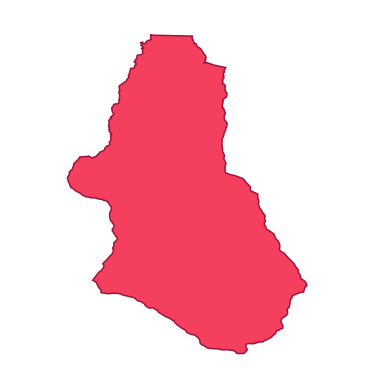 outline of Ginebra, Valle del Cauca, Colombia, rotated 97°
{"feature_id": "7082276B86237155674580", "entity_name": "Ginebra", "entity_type": "district", "adm_level": 2, "iso_a3": "COL", "parent_name": "Colombia", "parent_adm1": "Valle del Cauca", "projection": "natural_earth1", "projection_center": [-76.22, 3.747], "detail": "fine", "context": "isolated", "style": "filled", "palette": "rose", "viewbox_px": 384, "rotation_deg": 97, "n_neighbors": 0, "source": "geoboundaries", "source_scale": "gbopen_adm2", "svg_char_len": 5978}
<svg xmlns="http://www.w3.org/2000/svg" viewBox="0 0 384 384"><g transform="rotate(97 192 192)"><path d="M223.7,105.6L220.8,111.0L220.1,113.2L216.2,115.4L214.9,116.4L213.6,116.5L212.2,115.5L209.0,116.9L207.9,116.4L207.0,116.5L206.0,117.0L204.7,118.6L201.9,120.7L200.2,122.4L198.9,123.2L195.8,124.6L193.8,124.5L192.0,124.9L189.9,126.0L186.1,126.4L184.8,130.1L183.9,133.6L182.7,134.2L180.6,134.5L179.3,135.2L176.4,138.9L173.8,141.4L172.5,143.0L170.4,151.8L170.3,155.3L169.1,159.7L169.1,160.8L167.8,161.5L166.8,161.9L164.8,161.9L161.9,162.5L160.1,161.8L159.3,161.8L154.8,164.6L152.2,164.2L149.7,165.3L148.8,166.3L139.8,168.3L138.4,168.1L136.9,168.6L135.3,168.5L133.2,167.6L129.4,167.2L127.6,166.5L125.4,166.1L124.1,166.3L123.8,165.6L123.1,165.4L121.2,165.6L120.1,165.4L118.5,166.1L116.9,168.2L114.8,169.1L112.2,169.3L111.5,168.7L110.5,168.7L109.8,169.0L109.1,168.5L107.7,170.0L107.0,169.7L106.5,169.8L106.0,170.6L104.7,171.3L104.2,172.4L100.9,172.5L99.2,172.1L98.6,172.6L98.1,172.3L97.6,172.6L96.7,172.2L96.2,172.4L95.5,171.4L94.1,170.5L94.0,169.8L93.8,169.6L90.6,169.1L89.6,169.4L89.0,170.2L88.1,170.6L87.6,171.3L87.1,171.2L86.9,171.5L86.2,171.3L85.7,171.9L84.5,172.2L83.8,172.1L83.5,171.6L82.6,171.8L81.2,173.0L81.0,173.5L81.3,174.2L80.5,174.7L80.2,175.1L79.8,174.8L79.2,175.0L78.2,174.7L77.5,175.4L76.9,175.5L75.7,174.7L75.0,174.7L74.7,174.2L73.4,175.1L72.7,174.5L71.8,175.2L70.5,175.4L69.0,174.4L68.7,174.8L68.2,174.7L67.4,175.0L66.5,174.5L65.4,174.2L65.0,174.3L64.4,173.8L63.3,186.1L61.8,192.5L62.3,195.6L61.4,195.0L60.6,194.7L59.7,194.6L59.3,195.2L59.0,195.2L57.8,194.3L55.5,194.9L52.9,197.4L48.7,200.9L47.0,204.5L44.4,206.0L44.1,208.1L43.3,208.1L42.0,209.1L40.9,209.5L40.4,210.0L38.4,210.8L37.2,210.6L41.1,249.4L41.0,252.1L41.9,252.2L41.9,251.5L44.8,251.7L45.5,251.2L46.0,251.5L47.2,254.6L48.1,255.2L48.4,255.9L49.6,255.8L50.3,256.5L50.5,259.3L49.5,259.2L49.3,259.4L50.1,261.2L50.4,261.2L51.0,259.9L51.3,259.6L52.7,260.4L52.8,259.5L53.3,259.2L53.6,258.4L54.5,258.3L55.0,257.5L55.3,257.9L55.0,259.1L55.7,259.6L56.4,258.5L56.9,258.4L57.4,258.1L58.3,258.4L59.3,257.8L60.3,257.8L61.5,258.6L62.6,261.0L62.6,262.5L63.3,263.1L65.8,263.1L67.0,263.7L67.6,264.4L68.8,264.4L69.7,265.3L70.0,265.2L69.8,264.0L70.1,263.5L71.5,263.7L72.3,262.9L73.4,264.3L75.3,264.4L76.4,265.2L76.7,266.2L76.4,267.4L77.5,268.2L78.5,268.0L80.3,268.5L82.0,268.6L84.4,269.4L86.1,268.5L88.1,270.4L89.3,270.5L90.0,270.9L91.9,273.2L92.8,273.9L94.9,276.6L95.9,277.2L98.4,276.8L99.5,275.9L99.9,276.0L100.6,276.7L101.0,276.7L103.6,276.2L105.1,275.5L106.8,275.6L108.5,275.3L109.3,275.9L110.2,275.5L112.4,275.4L113.5,276.5L113.9,278.6L114.6,280.2L115.2,280.6L116.7,280.7L117.7,281.8L118.9,281.8L121.3,281.2L122.8,280.3L123.8,279.2L124.2,279.0L125.5,280.2L126.4,280.5L127.4,281.9L127.8,281.8L128.0,281.0L128.4,281.0L129.4,282.3L131.2,283.2L132.9,282.9L133.9,282.4L134.9,282.8L137.6,282.7L137.7,281.6L139.8,282.1L140.1,282.0L140.1,281.3L141.5,281.7L142.1,281.5L142.4,280.6L143.2,280.1L143.6,279.4L143.9,279.3L144.6,280.0L145.0,280.0L145.4,278.8L146.8,279.4L150.6,278.8L152.8,280.3L154.5,279.4L155.2,279.5L156.2,280.6L156.4,281.9L157.4,282.2L158.5,283.6L160.9,284.1L161.3,284.5L162.7,286.3L163.4,288.1L164.9,288.9L166.2,290.1L168.2,291.3L169.4,293.8L170.5,295.3L170.5,296.1L169.3,297.5L168.9,299.4L169.7,300.5L169.9,303.1L170.8,306.2L170.6,307.4L172.0,308.0L172.8,308.8L173.9,308.9L174.6,309.9L175.3,310.1L176.0,310.9L176.7,311.2L177.4,312.2L178.1,312.6L179.1,312.9L180.3,312.6L182.5,313.5L183.9,313.5L184.6,314.0L185.3,315.1L186.5,315.4L187.1,316.3L188.5,315.8L190.6,316.4L192.6,317.3L193.7,317.3L194.2,316.8L195.0,316.7L195.7,316.1L197.1,316.0L198.3,314.7L200.3,314.1L202.3,312.7L202.6,312.3L202.7,311.0L204.1,309.1L204.3,308.5L205.1,307.8L205.0,306.3L206.0,305.3L206.7,302.9L208.3,300.7L209.7,296.3L209.6,293.4L210.2,291.5L209.6,288.4L210.1,284.8L210.0,284.1L210.4,283.4L210.5,282.4L210.0,280.3L210.8,279.7L211.0,277.4L211.7,275.0L216.4,270.7L217.2,270.3L218.3,270.0L220.0,270.2L223.0,271.1L227.0,270.7L228.3,270.0L229.8,269.7L233.5,266.1L235.1,265.2L236.0,265.1L238.2,266.3L239.4,266.5L240.6,266.2L241.6,265.0L242.7,264.6L243.4,263.6L245.5,262.1L246.3,260.9L247.2,260.5L248.3,260.6L249.8,261.5L250.6,262.5L251.8,263.3L252.8,263.4L254.4,262.8L257.3,263.9L259.2,263.0L260.4,262.9L264.1,264.1L265.5,265.7L267.6,266.9L273.9,271.7L274.2,271.7L276.0,270.3L277.5,270.5L281.2,272.6L282.9,274.7L291.8,279.9L292.8,277.1L294.0,275.6L297.6,273.5L300.3,270.5L300.8,270.2L302.3,270.2L303.2,269.7L303.0,267.8L303.2,262.9L302.1,257.7L301.7,252.6L302.0,250.0L302.7,248.2L303.8,237.8L304.4,235.5L305.5,234.3L306.7,232.2L307.0,229.6L308.3,226.4L308.6,225.9L310.5,224.3L312.2,221.4L312.3,219.0L311.6,216.7L312.7,214.8L313.7,212.2L315.2,210.8L316.2,209.0L316.9,207.2L318.9,203.0L320.2,198.5L321.4,196.4L322.0,194.5L324.0,192.6L325.9,190.1L328.7,185.0L329.5,182.3L331.7,180.2L332.6,178.8L333.2,176.1L333.7,171.5L334.7,170.2L336.1,167.8L337.1,166.8L339.1,165.9L340.9,165.6L341.9,164.5L342.7,163.2L343.0,161.3L344.9,158.0L345.0,153.1L344.5,147.1L344.9,145.3L344.9,141.3L344.1,137.5L344.4,135.8L344.1,132.5L345.0,129.6L346.4,128.5L346.8,127.5L346.8,126.4L346.3,123.9L346.2,121.4L345.9,120.9L344.4,119.6L343.0,118.5L341.7,117.9L338.5,119.8L337.8,119.9L337.1,119.8L336.0,118.9L335.6,117.7L335.1,112.2L332.8,107.5L332.1,103.3L330.7,102.0L329.4,99.5L328.5,98.6L327.8,97.3L325.8,94.9L324.2,93.9L322.6,92.0L321.6,91.6L319.4,91.3L318.6,88.8L317.4,87.9L316.4,85.5L315.4,85.3L313.5,85.5L311.0,87.2L309.7,87.9L308.7,87.8L306.0,87.2L304.3,84.4L302.3,82.8L301.2,82.3L299.6,82.5L297.5,83.2L296.4,83.0L294.4,81.5L291.1,81.2L287.0,81.3L284.9,80.0L282.4,79.3L278.6,72.4L277.7,69.1L272.8,68.3L271.8,67.2L270.9,66.7L269.7,66.9L269.4,67.4L268.1,67.9L266.8,69.2L265.7,71.2L264.9,73.2L264.6,73.5L263.1,73.7L260.9,74.7L259.4,76.3L256.3,77.2L253.2,80.1L250.7,81.9L245.3,88.8L242.1,92.4L240.8,94.5L240.3,96.2L238.7,98.3L235.3,98.2L233.6,98.6L231.7,99.4L229.9,100.8L228.8,102.5L227.8,103.4L223.7,105.6Z" fill="#f43f5e" stroke="#9f1239" stroke-width="1.5"/></g></svg>